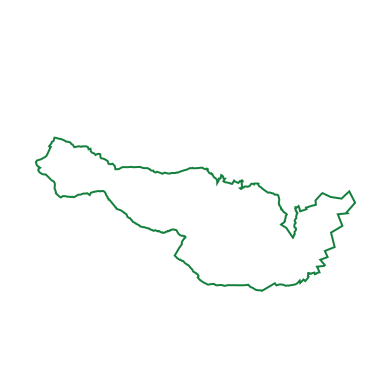 outline of Cetate, Bistrita-Nasaud, Romania, rotated 208°
{"feature_id": "2599482B32384064794632", "entity_name": "Cetate", "entity_type": "district", "adm_level": 2, "iso_a3": "ROU", "parent_name": "Romania", "parent_adm1": "Bistrita-Nasaud", "projection": "albers", "projection_center": [24.662, 47.098], "detail": "fine", "context": "isolated", "style": "outline", "palette": "green", "viewbox_px": 384, "rotation_deg": 208, "n_neighbors": 0, "source": "geoboundaries", "source_scale": "gbopen_adm2", "svg_char_len": 5978}
<svg xmlns="http://www.w3.org/2000/svg" viewBox="0 0 384 384"><g transform="rotate(208 192 192)"><path d="M343.8,144.9L342.9,144.3L342.4,143.4L341.4,142.8L340.5,142.4L339.7,142.5L339.6,142.2L339.0,141.9L338.4,142.1L337.5,142.1L338.4,139.8L337.8,139.0L336.9,138.3L336.1,137.9L335.0,137.7L332.5,137.5L329.1,138.8L321.8,136.5L318.6,136.3L317.7,135.6L316.7,134.5L315.0,130.6L313.5,129.4L312.0,127.9L311.7,127.0L307.0,125.7L305.3,125.6L304.1,127.7L301.5,129.0L299.8,129.3L298.5,130.1L296.8,130.6L295.5,131.6L294.0,131.8L292.8,133.4L291.2,136.2L289.4,137.2L287.0,139.8L285.6,140.4L284.0,141.7L280.9,141.3L280.9,143.9L278.8,146.0L274.7,149.2L273.2,149.5L272.5,150.3L270.6,151.2L269.3,151.1L267.5,150.1L266.3,148.9L264.3,148.0L263.7,147.1L262.6,147.0L262.1,146.1L260.8,146.2L253.4,143.1L252.7,142.7L251.7,142.6L251.5,142.2L250.5,141.7L246.4,142.4L244.7,142.3L241.2,141.7L239.5,141.6L237.2,139.7L235.0,139.5L234.2,139.8L233.0,139.1L231.6,138.7L230.2,137.9L226.9,138.0L226.6,137.7L223.4,137.8L222.5,137.7L222.0,137.3L219.5,137.7L217.1,138.7L215.0,138.9L213.4,139.4L212.7,139.4L212.4,139.7L211.4,139.3L209.5,139.7L207.6,139.7L206.7,140.9L205.4,141.1L204.4,141.1L203.6,141.3L203.6,141.6L203.2,141.6L203.1,141.8L202.7,141.8L202.4,142.1L201.3,141.9L200.0,141.9L199.3,142.1L199.2,142.5L197.9,142.6L197.4,142.9L197.1,143.5L196.6,143.9L196.4,144.5L195.6,145.1L195.5,145.9L195.4,146.1L194.4,146.3L194.2,146.9L193.6,147.1L193.3,148.2L192.6,148.5L192.4,149.0L191.9,149.6L190.7,150.3L189.3,150.5L188.7,150.9L187.7,150.9L186.7,150.2L184.8,149.1L184.1,148.7L182.8,148.4L180.9,148.4L179.3,149.2L177.7,149.5L176.7,149.3L176.7,148.7L176.9,148.4L176.7,148.3L176.9,148.0L177.1,147.2L177.0,146.9L177.1,146.6L177.3,145.9L177.5,143.0L176.4,141.0L176.7,139.6L177.1,136.1L177.4,127.7L175.1,127.1L174.7,126.8L174.1,126.7L171.8,126.4L170.8,126.4L170.5,126.8L169.7,126.7L168.8,126.4L168.1,126.7L167.2,126.9L165.5,126.1L164.7,125.9L162.1,125.6L160.3,125.6L158.3,124.6L155.3,123.6L153.8,122.5L152.9,122.2L150.8,122.4L150.2,122.0L149.6,121.9L148.3,121.9L147.5,121.4L146.7,120.7L146.9,119.3L143.6,118.0L142.9,118.1L142.1,117.8L139.8,117.6L134.5,117.7L133.8,118.1L132.3,119.4L129.4,121.2L127.5,120.9L126.1,121.3L125.2,122.0L123.1,123.3L121.5,124.0L119.5,124.2L116.4,126.7L103.3,133.5L99.6,135.8L99.0,136.5L95.3,135.5L93.8,135.9L90.4,135.6L89.2,135.7L86.8,136.6L84.7,137.7L84.0,137.5L83.2,138.6L76.0,150.3L73.6,149.2L71.4,151.4L70.5,152.0L68.9,152.5L68.2,152.9L65.3,153.2L63.2,154.6L62.7,154.7L57.4,158.9L56.4,160.4L55.9,161.9L55.3,164.3L53.8,162.5L52.4,167.1L50.2,166.5L49.3,170.7L49.3,171.9L50.2,172.1L50.7,173.7L50.6,174.3L51.2,174.5L51.3,175.1L50.0,175.5L49.2,175.2L48.0,176.5L46.1,178.3L44.9,177.1L43.9,178.3L44.0,178.5L42.8,180.1L41.7,180.9L45.0,183.7L46.6,184.7L40.9,188.6L40.4,189.8L46.9,192.4L41.7,198.2L41.8,198.3L47.0,202.3L40.2,210.4L50.2,221.4L43.3,232.7L52.8,240.8L44.6,246.3L45.9,246.7L43.9,255.0L43.0,259.1L53.4,266.4L55.3,261.1L56.8,256.4L67.2,252.7L76.1,252.3L76.4,252.1L77.1,249.9L79.0,242.5L76.6,238.9L80.1,235.7L84.0,231.7L82.8,230.6L84.8,228.5L87.4,225.7L87.5,225.7L88.7,227.2L91.3,229.6L92.3,227.2L93.1,227.4L93.5,227.1L93.1,226.8L93.0,225.6L92.0,224.9L91.5,224.1L90.9,224.2L90.4,223.9L90.1,223.2L89.1,223.0L88.9,222.5L89.2,221.6L89.1,221.0L88.7,220.5L88.6,219.4L88.4,218.9L87.8,218.4L87.7,217.9L88.0,215.6L87.9,215.0L87.3,214.2L86.8,214.1L86.0,213.5L85.9,213.1L86.2,212.2L86.3,211.7L85.9,210.4L85.5,209.7L84.9,208.9L83.7,209.0L83.1,208.4L82.6,207.7L82.4,207.1L82.7,204.9L81.4,202.7L81.6,202.3L81.8,202.1L81.3,199.8L81.3,199.4L81.4,199.0L91.9,204.6L98.1,205.0L97.7,206.3L97.2,206.9L96.5,208.2L96.2,209.9L96.7,210.1L96.9,211.7L97.3,213.4L98.0,214.8L97.7,216.6L98.6,217.0L101.5,217.4L102.9,217.8L103.8,218.7L104.4,218.8L104.9,218.5L105.6,219.0L105.5,219.4L106.8,220.4L106.9,220.5L107.5,220.7L109.1,221.5L109.1,221.8L109.4,222.1L109.5,222.4L110.2,222.9L110.4,223.5L111.3,226.2L114.1,229.4L115.5,229.6L117.8,228.5L119.7,228.9L120.8,228.4L123.1,228.1L124.6,227.1L131.0,227.9L132.6,228.4L135.4,228.7L136.6,229.3L137.2,230.1L137.1,230.5L137.3,230.6L140.9,228.8L141.1,228.2L141.5,228.0L141.3,227.8L142.7,227.6L143.2,227.3L143.6,226.8L143.7,225.3L144.0,224.2L145.3,222.8L147.7,221.9L148.4,220.7L148.5,220.3L149.6,219.2L149.7,218.2L150.1,217.7L151.2,217.9L150.6,218.4L150.5,219.0L150.5,219.7L150.3,220.6L151.9,222.4L152.5,223.8L152.4,224.9L152.2,225.1L152.7,225.7L153.3,225.8L153.4,225.3L153.9,224.6L154.7,224.4L154.8,224.0L154.6,223.5L155.1,222.8L155.4,221.7L159.3,221.5L160.2,221.8L160.3,218.1L160.8,217.8L164.0,217.3L167.7,216.1L169.3,216.2L169.1,219.1L169.7,218.7L170.5,218.7L171.8,220.2L172.8,220.6L174.1,220.7L173.2,217.7L173.3,217.2L174.5,216.7L174.4,216.0L173.8,214.7L173.9,211.7L174.6,212.9L174.8,213.6L176.5,214.9L178.7,215.3L179.5,215.3L180.7,216.1L181.7,216.6L182.3,217.3L183.5,217.5L183.4,217.0L185.8,216.9L188.2,218.2L188.7,219.5L189.8,219.6L189.8,218.8L191.3,218.4L192.6,218.2L194.6,218.2L199.4,215.0L202.1,213.5L202.9,213.6L203.8,212.6L205.1,212.1L206.9,209.5L208.6,208.0L212.8,203.6L213.8,202.2L214.8,202.0L215.7,200.9L218.8,199.3L220.4,197.7L222.6,196.9L225.4,196.2L226.5,194.3L232.3,193.5L233.1,192.4L233.8,192.0L235.2,192.0L236.3,192.7L237.1,192.1L238.7,191.8L239.9,192.3L241.5,192.1L242.3,192.3L244.2,191.3L245.2,190.7L246.9,190.1L249.6,189.8L255.8,186.1L256.7,186.1L260.3,183.8L265.1,181.3L267.5,177.8L270.3,176.1L272.3,178.6L275.4,179.7L276.9,178.3L278.9,177.7L281.0,179.7L284.7,180.0L288.3,179.2L289.2,179.9L290.0,181.0L290.6,182.2L291.7,182.2L293.2,181.4L294.5,179.4L296.4,180.1L298.6,179.8L300.5,180.4L301.2,181.6L302.0,182.5L303.4,181.2L304.8,182.7L306.9,182.7L309.0,181.4L310.3,180.8L310.9,180.0L313.5,179.2L317.0,176.3L319.5,177.8L321.0,177.7L322.7,178.6L324.9,178.2L327.2,177.3L328.3,177.6L331.7,177.4L333.7,176.9L335.6,176.3L337.3,176.0L338.9,175.4L338.7,174.1L338.2,172.4L338.6,171.3L339.3,170.2L338.9,169.0L339.3,167.5L339.6,165.3L338.6,164.9L337.9,165.3L337.4,155.9L337.9,154.3L340.6,150.1L343.7,147.0L343.8,144.9Z" fill="none" stroke="#15803d" stroke-width="2"/></g></svg>